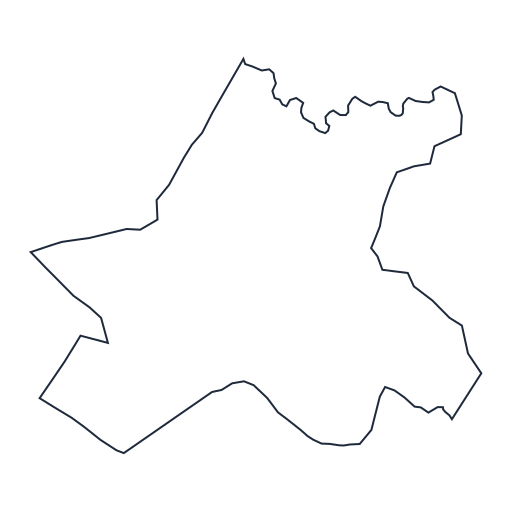 outline of Okpe, Delta, Nigeria
{"feature_id": "59680162B68325668602500", "entity_name": "Okpe", "entity_type": "district", "adm_level": 2, "iso_a3": "NGA", "parent_name": "Nigeria", "parent_adm1": "Delta", "projection": "mercator", "projection_center": [5.811, 5.698], "detail": "fine", "context": "isolated", "style": "outline", "palette": "slate", "viewbox_px": 512, "rotation_deg": 0, "n_neighbors": 0, "source": "geoboundaries", "source_scale": "gbopen_adm2", "svg_char_len": 1946}
<svg xmlns="http://www.w3.org/2000/svg" viewBox="0 0 512 512"><path d="M123.8,453.1L176.2,416.8L186.3,409.8L212.0,392.0L216.1,391.1L221.5,390.0L232.2,383.3L244.0,381.3L253.7,385.2L267.2,398.0L278.0,412.4L286.8,419.0L300.7,430.0L307.6,436.1L313.4,439.8L313.5,439.8L314.5,440.3L321.6,443.6L329.8,443.9L339.2,445.3L343.9,445.5L349.8,444.5L359.7,444.0L371.4,429.9L379.8,396.7L385.1,387.0L394.5,390.4L404.6,397.6L414.6,406.6L415.2,406.7L420.8,407.4L428.4,412.6L437.6,407.1L442.9,407.2L443.2,409.4L445.1,411.8L449.4,415.3L451.9,419.2L481.3,373.3L468.0,353.5L461.9,325.6L449.5,317.8L432.4,300.5L413.9,286.4L407.8,273.0L382.4,269.8L377.5,256.4L371.1,248.1L374.3,240.5L379.9,226.4L383.3,206.4L390.0,187.6L391.6,184.1L396.8,172.3L414.0,166.3L430.1,163.6L434.5,146.2L460.8,134.2L461.8,115.5L454.9,93.2L440.6,86.5L434.5,89.8L432.5,92.1L433.4,96.3L433.7,99.8L429.0,102.4L422.8,102.0L415.6,101.0L408.9,97.9L407.3,98.7L403.3,103.6L402.8,106.4L403.2,108.2L402.8,113.2L401.4,115.0L399.2,115.8L395.6,115.6L390.7,112.2L388.8,108.8L387.8,103.2L382.5,102.0L378.2,101.7L370.4,105.7L365.6,103.4L361.5,101.2L355.2,96.8L352.4,98.7L348.1,105.5L348.3,112.1L345.8,115.1L340.2,115.0L333.3,110.5L329.6,112.3L325.5,116.8L326.1,123.3L329.3,125.9L328.1,130.7L325.2,133.1L319.5,131.2L315.3,128.3L313.9,123.8L309.1,121.4L303.4,117.9L301.0,112.2L301.4,107.8L303.2,102.9L296.2,98.0L290.0,100.0L286.4,106.3L282.3,104.4L279.6,99.6L274.7,98.1L272.4,91.0L274.3,86.8L275.9,83.4L274.3,78.5L273.5,73.1L269.2,69.3L261.8,70.5L252.4,66.5L245.2,64.1L243.4,58.9L222.5,95.1L212.3,112.9L203.5,130.2L202.1,132.9L191.9,144.7L183.9,157.7L169.1,184.8L156.6,200.1L157.5,219.6L140.2,229.7L126.6,229.0L88.8,238.1L78.4,239.5L61.9,241.9L51.9,245.0L30.7,252.1L44.8,266.8L58.6,280.7L73.5,295.8L89.6,307.4L101.1,317.9L107.9,342.9L80.5,335.7L75.4,344.1L64.6,361.6L51.0,381.6L39.6,398.2L54.5,407.4L71.7,417.8L84.4,427.1L100.5,439.9L116.5,450.3L123.8,453.1Z" fill="none" stroke="#1e293b" stroke-width="2"/></svg>